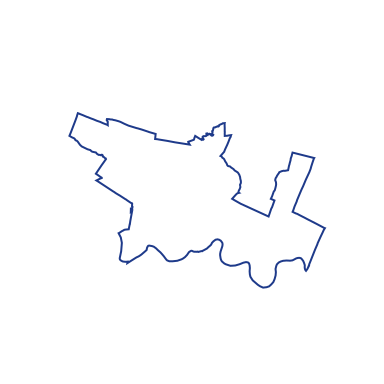 Doljesti, Neamt, Romania (Mercator projection), rotated 304°
{"feature_id": "2599482B42576561544247", "entity_name": "Doljesti", "entity_type": "district", "adm_level": 2, "iso_a3": "ROU", "parent_name": "Romania", "parent_adm1": "Neamt", "projection": "mercator", "projection_center": [26.991, 47.029], "detail": "fine", "context": "isolated", "style": "outline", "palette": "blue", "viewbox_px": 384, "rotation_deg": 304, "n_neighbors": 0, "source": "geoboundaries", "source_scale": "gbopen_adm2", "svg_char_len": 6007}
<svg xmlns="http://www.w3.org/2000/svg" viewBox="0 0 384 384"><g transform="rotate(304 192 192)"><path d="M288.5,274.3L280.9,253.3L276.9,254.7L276.2,254.8L275.6,255.0L275.1,255.1L273.3,256.0L270.2,257.0L269.9,257.2L267.9,257.8L263.8,259.5L261.5,257.2L260.8,256.0L259.4,254.7L257.2,253.3L255.9,253.5L255.4,253.4L253.4,253.4L252.9,253.4L252.2,253.6L250.4,253.6L249.1,254.0L248.3,254.4L247.4,255.7L247.0,256.2L245.5,257.4L244.1,258.1L241.7,259.0L239.5,259.7L238.2,259.5L233.2,260.8L230.4,261.2L231.1,265.1L224.1,266.9L222.6,267.0L214.5,269.2L214.0,266.2L209.5,239.0L209.0,232.6L208.8,229.1L214.6,229.9L215.6,230.1L216.5,230.5L217.6,231.5L217.6,231.1L217.7,230.6L218.8,230.2L219.6,230.0L221.1,229.9L222.1,229.6L223.0,229.4L223.5,229.0L224.8,227.8L226.7,227.5L227.4,227.1L228.5,226.3L230.0,224.6L231.3,223.5L232.7,221.6L233.4,220.1L233.7,219.3L233.8,218.8L233.7,215.3L234.2,213.6L234.2,212.8L234.2,210.6L234.4,209.5L234.4,209.1L233.8,207.7L233.7,207.3L233.8,206.7L233.9,206.3L234.3,205.8L234.9,204.9L235.4,203.9L235.9,202.5L237.2,200.3L237.3,199.9L237.4,199.4L237.4,197.9L237.8,197.1L237.9,196.7L237.9,196.0L237.8,195.5L243.4,196.2L243.6,196.1L245.8,195.6L250.9,194.8L254.3,194.1L257.6,193.3L259.5,193.2L260.1,192.8L261.0,192.6L260.4,191.9L259.5,190.9L258.8,190.2L258.0,189.4L257.8,189.0L256.8,187.8L259.1,186.2L259.5,186.0L260.3,185.5L260.4,185.3L263.7,183.1L264.6,182.4L266.9,180.8L267.4,180.6L267.0,180.1L266.7,179.9L266.6,179.6L266.2,179.1L264.9,178.6L264.0,177.8L262.8,177.3L262.7,177.2L262.3,177.4L261.4,177.4L261.0,177.2L260.9,177.1L260.9,176.5L260.3,176.1L259.9,176.0L259.4,175.5L258.4,175.0L258.3,174.9L258.1,174.5L257.9,174.2L257.7,174.2L257.4,174.0L256.9,174.0L256.6,174.1L255.9,174.5L255.4,174.7L254.7,174.9L253.7,174.7L253.4,175.4L253.1,175.6L251.5,175.9L251.1,176.3L251.1,176.6L251.4,177.3L251.4,177.6L251.1,177.7L250.7,177.7L250.2,177.5L249.7,176.8L249.7,176.4L249.8,175.8L250.4,175.1L250.4,174.9L249.9,174.5L249.8,174.3L249.9,174.0L249.3,173.8L249.1,173.5L249.2,172.9L249.2,172.5L248.8,172.6L248.4,173.0L247.8,173.1L247.7,172.9L247.7,172.6L247.8,172.4L248.5,171.7L248.6,171.3L248.5,171.2L248.3,171.3L247.7,171.9L246.9,172.3L246.2,172.3L246.0,172.1L245.4,171.4L245.0,170.6L244.8,170.4L244.1,170.0L243.5,170.0L243.0,170.7L242.8,171.0L242.5,171.1L242.4,171.1L242.2,170.9L242.1,170.7L241.8,170.6L241.7,170.8L241.7,171.1L241.8,171.3L242.2,171.8L242.2,172.1L241.7,172.1L241.3,171.5L241.0,171.1L240.6,171.0L240.4,167.3L240.3,163.3L238.0,163.8L237.0,164.2L236.3,164.3L231.5,160.8L231.1,161.2L230.0,163.6L223.7,150.2L220.6,143.0L217.0,135.2L216.3,133.6L215.3,131.8L219.8,129.4L217.7,122.9L217.5,122.0L215.7,115.5L214.4,111.4L214.0,110.4L211.5,102.2L210.7,97.7L210.2,94.0L210.0,93.0L209.6,91.5L208.6,88.4L207.7,86.3L207.6,85.6L207.1,84.7L206.7,84.1L206.0,82.5L204.9,80.7L204.1,81.0L203.7,81.3L203.4,82.5L202.9,83.1L202.4,83.3L200.3,84.8L200.3,84.2L199.3,79.8L198.8,76.8L197.8,73.1L197.1,69.5L196.6,67.6L196.2,65.8L195.8,63.8L195.5,62.9L194.7,58.7L193.5,53.3L191.3,53.9L190.3,54.3L185.9,55.4L173.4,58.3L170.0,59.0L170.2,62.1L170.6,64.3L170.4,65.3L169.9,66.1L169.8,66.8L170.1,67.5L169.9,69.0L168.5,72.7L168.1,75.1L169.0,81.5L169.9,84.3L169.6,85.7L169.6,86.7L170.0,87.7L170.5,89.0L171.0,90.1L171.0,90.5L170.7,91.2L170.5,91.8L170.6,92.6L170.5,93.6L170.7,94.1L171.3,94.9L171.4,95.3L171.4,95.7L171.5,95.9L171.8,96.0L172.5,96.4L172.6,96.9L172.4,97.6L171.7,98.0L171.5,98.3L171.7,99.5L171.4,101.0L171.6,101.7L171.2,102.3L163.5,102.1L154.8,102.1L153.4,102.1L153.4,104.8L153.3,107.9L153.4,109.0L153.3,109.3L153.1,109.4L152.3,108.7L148.1,106.3L148.2,108.5L148.4,126.3L148.5,127.8L148.4,129.1L148.6,133.0L148.7,134.2L148.7,135.0L148.8,140.9L148.9,141.4L148.8,143.0L148.8,147.2L148.9,147.8L149.0,148.3L149.1,148.5L149.0,148.8L146.3,150.5L146.1,150.8L146.2,151.1L144.5,151.8L144.3,150.9L144.1,150.6L141.1,152.5L142.5,153.1L133.6,157.0L130.5,158.5L130.4,158.4L125.7,160.4L124.0,158.3L123.2,157.4L122.6,156.9L122.0,156.7L120.2,155.7L117.7,154.7L116.8,154.2L114.5,158.4L110.6,162.3L103.3,166.4L96.7,169.1L95.8,169.9L95.5,170.9L95.5,172.1L95.7,173.5L96.4,174.9L97.2,176.3L98.3,177.6L96.9,178.2L106.7,182.5L108.5,183.6L109.5,184.1L111.8,185.0L116.5,186.3L118.5,186.8L119.5,186.4L120.3,186.0L122.1,185.7L122.9,185.8L123.3,186.1L123.7,186.6L124.8,189.1L125.3,190.9L125.2,193.7L124.7,196.3L124.3,199.6L123.7,202.0L123.0,204.5L122.0,207.3L121.5,208.9L121.4,209.6L121.6,210.6L121.9,211.9L123.6,214.5L126.8,218.3L130.4,221.0L131.7,221.7L134.1,222.6L137.1,223.1L140.4,223.1L141.2,223.4L142.7,224.1L143.1,224.6L143.3,225.4L143.4,226.4L143.8,227.4L144.6,228.5L145.1,229.4L145.8,230.1L145.8,230.7L148.3,232.9L148.7,233.6L149.1,233.6L149.3,233.8L153.5,236.0L155.5,236.4L157.2,236.9L159.0,237.3L161.0,237.0L163.0,237.3L165.6,238.2L167.0,239.6L167.6,241.2L167.7,243.1L166.9,245.4L166.3,246.1L165.4,246.8L163.9,247.5L158.6,249.0L156.7,249.8L155.4,250.6L153.2,252.6L152.3,253.6L151.6,254.7L151.2,255.6L151.1,256.3L150.8,258.7L151.0,260.5L151.5,262.3L152.3,265.1L153.5,266.7L155.3,269.0L158.8,271.9L162.1,274.1L164.1,276.0L164.9,277.8L164.7,279.2L163.4,280.8L161.3,282.5L158.5,284.1L156.1,286.0L154.4,287.8L152.7,291.7L151.9,298.4L151.9,301.1L152.5,304.4L154.8,307.1L156.9,308.7L159.7,309.4L162.8,309.8L165.9,309.2L169.5,308.0L172.4,306.4L174.9,304.3L177.3,303.4L178.6,303.0L179.9,302.9L182.2,303.4L184.1,304.5L185.9,306.0L188.0,308.6L189.9,311.7L191.5,313.5L192.9,314.3L195.2,315.5L196.4,316.5L197.0,317.2L197.7,318.3L198.0,319.5L197.7,320.8L197.0,322.8L195.9,324.5L194.4,326.4L192.5,327.6L191.4,328.6L190.6,329.8L190.4,330.6L192.6,330.7L195.0,330.4L194.9,330.3L197.0,329.9L197.6,329.6L201.4,328.8L213.2,326.2L218.6,325.2L219.9,324.8L227.0,323.6L231.7,322.9L234.0,322.5L236.3,322.4L236.2,322.1L236.1,321.3L235.2,312.9L234.0,303.0L233.6,299.2L233.4,297.7L232.8,292.6L232.8,291.8L232.3,290.1L231.8,286.5L233.4,286.2L237.4,285.1L242.7,284.1L243.8,283.7L247.8,282.9L251.8,282.1L255.4,281.4L258.8,280.9L265.8,279.5L274.0,278.2L277.5,277.4L279.8,276.6L284.3,275.3L288.0,274.3L288.5,274.3Z" fill="none" stroke="#1e3a8a" stroke-width="2"/></g></svg>